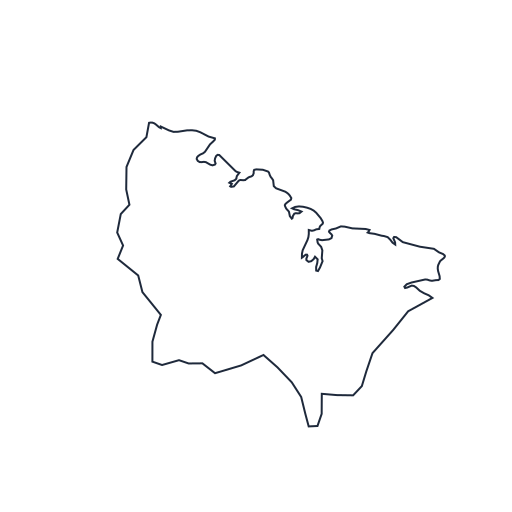 Boeny, orthographic projection, rotated 51°
{"feature_id": "MDG-5870", "entity_name": "Boeny", "entity_type": "Autonomous Province", "adm_level": 1, "iso_a3": "MDG", "parent_name": "Madagascar", "parent_adm1": "", "projection": "orthographic", "projection_center": [46.116, -16.217], "detail": "fine", "context": "isolated", "style": "outline", "palette": "slate", "viewbox_px": 512, "rotation_deg": 51, "n_neighbors": 0, "source": "natural_earth", "source_scale": "10m", "svg_char_len": 3286}
<svg xmlns="http://www.w3.org/2000/svg" viewBox="0 0 512 512"><g transform="rotate(51 256 256)"><path d="M85.2,255.3L86.0,253.9L87.0,252.7L89.0,251.5L90.9,251.0L94.9,250.3L96.7,249.5L95.5,248.5L103.6,244.6L107.6,242.0L110.3,238.5L114.9,230.6L118.0,226.6L121.1,223.6L124.8,221.4L133.3,217.7L138.7,213.9L139.7,214.8L140.0,216.9L140.3,221.5L142.7,229.4L142.9,230.1L142.9,231.5L142.9,232.5L142.1,235.4L141.9,237.9L142.2,239.7L143.2,241.0L145.4,241.4L147.5,240.7L148.9,239.1L150.0,237.3L151.5,235.9L156.2,234.1L158.2,232.7L159.1,230.4L158.7,229.2L156.0,228.2L154.4,226.4L153.2,224.0L153.2,222.2L154.4,221.0L177.0,218.5L178.0,218.2L179.0,217.7L180.8,216.5L181.8,220.5L182.9,222.0L183.4,222.4L183.6,222.9L183.7,225.0L182.2,229.1L182.3,230.6L184.7,229.4L185.6,232.2L186.6,231.8L188.0,229.4L186.6,222.0L187.0,220.4L189.2,218.1L190.2,216.5L190.1,216.1L190.2,212.5L190.5,211.2L191.0,210.2L191.3,209.0L191.3,207.6L190.2,205.7L188.7,204.5L187.9,203.2L188.9,201.2L193.3,196.4L197.9,193.5L199.3,193.4L201.6,194.3L203.7,194.8L205.8,194.8L207.9,195.0L212.9,198.2L216.0,197.8L224.4,192.8L226.2,192.2L228.0,191.8L230.2,191.7L233.2,192.1L234.2,193.4L234.0,198.2L234.1,200.4L234.6,201.6L235.7,202.1L237.7,202.6L238.9,202.7L241.3,202.5L242.5,202.6L246.3,204.6L249.5,204.7L249.5,203.8L248.1,202.1L247.2,199.6L247.8,198.1L249.1,196.8L250.1,195.3L250.1,192.7L246.8,194.5L243.6,197.0L241.7,197.9L242.5,194.7L244.5,191.4L247.4,188.4L250.6,185.9L253.8,183.9L257.0,182.6L260.3,182.0L267.2,181.9L270.7,182.4L272.3,183.0L272.9,183.9L273.0,185.6L273.1,187.1L273.7,188.5L274.8,189.8L273.2,192.4L272.6,194.7L271.6,196.7L269.0,198.6L272.1,201.1L274.3,203.4L276.0,206.0L280.9,216.1L283.1,218.8L286.2,221.4L286.3,220.0L286.2,218.1L286.3,216.4L287.1,215.5L288.2,215.8L289.8,218.6L290.9,219.4L293.6,218.8L294.8,216.3L294.7,213.1L293.7,210.6L297.4,210.2L300.0,212.8L302.4,216.2L305.2,218.4L306.7,217.3L305.2,213.5L301.9,207.5L299.1,206.3L293.4,200.9L289.9,199.6L285.5,199.9L284.3,199.6L281.7,198.1L282.0,197.1L283.6,196.2L285.3,194.7L289.0,188.9L289.6,186.1L288.1,183.9L286.6,183.7L284.7,184.0L283.1,184.0L282.4,182.9L282.9,180.6L284.9,176.6L286.4,171.4L289.0,168.6L295.2,163.7L304.0,153.8L307.2,151.4L307.5,152.1L307.8,152.7L308.0,153.4L308.1,154.4L309.6,153.5L313.4,149.9L319.3,145.6L321.0,144.0L324.2,141.8L327.9,141.4L331.6,141.5L334.7,140.6L332.9,139.3L328.6,138.1L328.1,136.7L329.6,135.2L337.6,133.2L351.9,122.8L362.4,113.2L368.3,111.5L372.2,109.4L374.4,109.0L375.2,109.5L375.7,110.6L375.8,111.9L375.8,115.7L376.0,116.5L377.7,120.1L378.8,121.5L380.3,122.8L382.4,124.0L387.2,126.0L389.5,127.6L389.5,129.4L388.1,131.2L386.0,134.9L384.3,136.4L382.1,137.8L380.7,139.3L374.5,151.8L372.8,156.6L373.2,160.0L374.7,160.3L375.7,158.3L377.0,153.6L378.7,152.1L381.2,151.3L386.1,150.6L390.8,148.8L395.2,146.5L399.6,145.3L394.7,172.5L399.8,195.9L404.8,226.6L415.1,242.9L423.7,255.6L425.4,268.2L414.9,280.8L404.5,291.6L420.0,304.3L426.8,315.2L421.6,322.3L409.5,316.9L394.0,309.6L376.7,307.7L356.0,309.4L337.6,312.5L331.7,336.4L321.3,361.6L305.7,365.2L297.1,376.0L288.5,381.4L281.6,397.6L272.9,403.0L257.4,390.4L247.1,376.0L241.9,367.0L212.6,367.0L197.0,359.8L171.2,365.3L164.2,352.7L150.4,349.1L138.3,334.7L136.5,322.1L122.6,315.0L105.3,300.6L96.5,284.4L94.7,266.4L85.2,255.3Z" fill="none" stroke="#1e293b" stroke-width="2"/></g></svg>